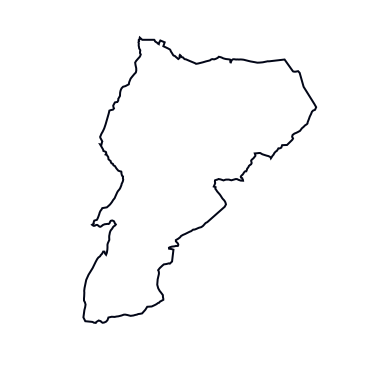 the district of Atempan, Puebla, Mexico, rotated 13°
{"feature_id": "50627088B4363090136249", "entity_name": "Atempan", "entity_type": "district", "adm_level": 2, "iso_a3": "MEX", "parent_name": "Mexico", "parent_adm1": "Puebla", "projection": "albers", "projection_center": [-97.445, 19.802], "detail": "fine", "context": "isolated", "style": "outline", "palette": "ink", "viewbox_px": 384, "rotation_deg": 13, "n_neighbors": 0, "source": "geoboundaries", "source_scale": "gbopen_adm2", "svg_char_len": 5942}
<svg xmlns="http://www.w3.org/2000/svg" viewBox="0 0 384 384"><g transform="rotate(13 192 192)"><path d="M117.1,341.9L124.0,341.0L124.8,341.1L125.8,341.4L127.7,341.2L128.0,340.2L130.0,338.2L132.1,338.4L132.6,338.8L133.6,339.3L134.5,339.5L136.0,338.8L137.5,337.6L138.5,335.8L138.8,333.1L141.9,331.6L144.8,331.1L146.5,330.3L148.2,329.7L151.1,328.2L153.1,326.9L154.4,326.5L156.6,326.4L160.0,326.5L162.7,325.5L164.1,324.7L166.0,323.8L167.1,323.0L169.0,322.3L170.7,321.5L173.0,317.3L174.2,313.9L178.5,312.6L181.1,310.6L182.6,309.3L183.9,307.8L184.9,307.2L185.3,306.2L188.3,303.5L188.0,302.3L187.4,301.1L186.8,299.0L184.1,296.7L182.9,295.8L180.8,293.5L179.0,290.2L178.2,284.9L178.2,279.3L178.0,278.3L177.4,276.7L176.6,275.8L177.7,273.4L179.7,270.4L180.8,268.9L183.3,267.9L185.6,266.7L186.5,266.8L188.2,264.2L186.9,252.4L185.0,252.2L182.4,252.4L182.1,251.5L182.7,250.9L184.8,249.7L187.1,248.9L188.6,248.1L189.6,248.0L190.5,247.5L190.5,246.4L189.8,245.3L187.4,243.7L187.1,242.5L189.1,240.6L190.6,238.8L191.2,237.4L192.9,235.8L194.7,234.5L198.7,231.2L199.9,230.4L201.6,228.4L203.0,228.0L204.5,227.0L206.6,225.4L207.5,224.9L209.0,224.1L210.4,222.5L212.2,219.2L213.7,217.9L227.2,199.0L227.9,196.4L226.8,194.5L225.7,193.3L224.8,192.6L223.8,192.0L222.8,191.2L221.1,189.5L219.7,188.2L216.4,185.8L215.3,184.7L214.0,183.6L213.9,182.0L212.0,181.8L212.4,179.7L212.6,178.1L212.0,176.8L211.8,175.5L213.1,174.6L214.0,174.2L214.9,173.4L217.1,173.3L220.1,173.6L222.0,172.4L223.8,171.9L225.2,171.6L226.4,171.7L227.8,171.7L231.6,169.6L233.0,169.3L234.7,169.7L237.0,169.9L239.2,169.5L238.9,168.7L238.3,168.1L237.9,167.3L237.5,167.1L236.6,167.0L236.1,166.2L236.2,165.6L236.7,164.6L237.4,163.7L237.8,162.8L238.2,161.5L238.8,160.3L239.3,159.8L240.2,159.6L240.2,159.3L240.5,158.1L240.5,156.9L241.3,155.3L241.6,153.8L242.4,152.7L243.4,151.6L243.6,150.3L242.6,148.3L242.9,147.2L244.3,145.3L245.6,142.6L245.5,141.9L244.5,140.3L246.7,139.6L248.6,138.9L249.8,138.7L252.0,139.4L256.6,139.8L258.2,139.8L260.1,140.2L260.8,140.6L261.3,141.4L262.4,138.4L263.1,137.2L263.4,135.7L263.7,135.2L264.4,133.8L265.3,133.0L265.8,131.8L266.4,130.0L267.6,129.8L269.0,128.7L269.3,126.1L274.0,124.8L277.9,118.7L278.2,118.0L278.4,117.0L277.5,116.2L277.1,115.4L277.2,113.8L278.0,112.8L278.7,112.0L280.0,111.1L281.4,110.0L283.5,108.1L284.7,105.3L286.1,103.4L287.2,101.6L288.5,100.3L289.1,99.3L289.0,98.0L289.5,94.7L289.8,92.0L290.5,89.1L290.8,86.9L291.6,85.5L293.4,84.2L293.9,81.4L291.3,78.6L277.1,64.4L270.1,51.7L268.2,50.4L266.0,51.4L264.4,51.8L263.2,51.7L252.4,42.1L237.8,47.3L236.9,47.5L236.6,47.5L231.8,49.7L229.1,50.6L226.6,51.3L223.6,51.4L219.8,51.6L217.9,51.6L212.7,51.5L211.6,51.6L209.6,51.9L207.8,52.4L206.0,52.7L205.2,53.0L203.9,53.1L203.1,53.2L202.3,53.4L201.7,53.8L201.3,54.3L201.1,54.7L200.9,55.4L200.8,56.0L200.7,57.0L200.3,57.0L200.1,56.7L199.8,55.5L199.7,54.8L199.5,54.5L199.2,54.4L197.7,54.5L195.3,54.8L193.7,54.8L192.2,54.7L191.1,54.4L189.7,54.2L187.7,54.2L186.8,55.6L185.2,56.9L183.9,57.7L183.6,57.8L182.1,57.9L181.4,58.2L180.8,58.6L179.9,59.7L178.6,60.4L176.4,61.5L173.4,63.2L168.9,65.5L167.1,66.2L166.7,66.0L165.4,65.7L160.0,64.8L156.8,64.2L156.2,64.1L155.2,64.2L154.7,64.1L152.9,62.9L151.7,62.9L151.2,62.6L150.8,62.0L149.4,61.2L149.3,61.5L149.3,62.2L149.4,62.7L149.6,63.2L149.8,63.9L149.6,64.3L149.2,64.9L148.7,65.5L147.5,64.8L146.6,64.4L144.6,63.3L143.4,63.2L143.0,63.0L142.4,62.4L141.3,61.2L139.8,59.8L139.5,59.3L139.0,58.6L138.4,58.1L136.3,57.5L131.3,56.4L131.7,52.3L127.1,51.5L126.5,53.6L126.4,54.6L126.4,55.3L126.2,55.2L125.6,55.1L125.6,54.9L122.5,53.7L122.0,53.4L121.4,52.5L120.8,52.2L109.3,54.9L108.8,54.6L106.4,53.3L106.4,53.8L106.6,54.1L106.7,55.0L106.1,55.4L106.0,55.5L105.9,55.7L106.0,56.3L106.5,56.9L106.5,57.2L106.4,57.3L106.2,57.7L106.2,58.3L106.8,59.3L107.0,60.9L107.4,62.0L107.8,62.7L107.9,63.1L108.0,63.5L108.5,64.3L109.0,64.7L109.7,65.5L109.8,66.3L109.8,66.8L110.0,68.0L110.3,68.7L111.1,69.4L111.0,70.7L110.7,72.0L109.8,73.6L108.1,76.8L107.5,78.7L108.5,81.2L109.8,83.9L110.4,86.3L110.4,88.2L109.2,90.2L107.9,92.8L106.7,95.3L106.1,99.1L106.2,101.3L103.3,103.8L101.1,105.0L100.0,106.9L99.6,109.1L99.6,111.2L100.2,114.6L99.2,117.9L99.5,118.8L99.5,119.7L99.0,121.1L97.7,121.6L96.7,122.1L95.8,125.5L96.3,126.9L97.2,128.1L96.5,129.5L94.4,130.5L93.2,131.3L93.2,134.4L92.7,143.6L92.6,145.5L92.2,149.5L92.0,150.6L91.4,153.3L90.7,155.5L90.1,159.0L90.6,159.9L91.4,160.8L93.2,162.9L93.1,163.3L93.1,166.3L91.8,166.3L95.9,170.7L96.4,171.9L99.0,172.3L99.8,173.5L99.4,174.9L100.6,175.0L102.5,176.8L103.3,178.9L105.9,180.3L105.9,180.6L106.3,181.3L107.2,182.2L108.0,182.2L108.6,182.4L109.4,183.6L110.1,183.9L110.9,184.0L111.5,184.5L113.1,186.1L115.4,187.8L117.0,188.0L118.4,188.0L118.8,188.5L119.0,189.6L119.8,191.2L120.5,192.1L120.8,192.2L121.1,192.5L121.3,192.5L121.5,193.7L121.7,194.5L122.1,195.1L122.2,195.6L122.2,196.1L122.2,197.4L121.7,199.7L121.6,200.0L121.7,201.0L121.2,204.2L120.8,205.5L119.6,207.9L119.2,209.2L118.4,213.3L118.0,215.5L117.0,217.5L116.2,219.9L115.0,222.5L113.8,224.3L112.5,226.1L108.2,227.9L107.8,229.4L107.1,230.9L106.7,232.7L106.6,234.6L106.3,237.2L106.0,239.0L105.6,240.5L103.2,241.9L103.0,243.9L103.4,244.9L102.6,245.7L102.0,246.4L103.6,247.1L104.5,246.9L105.4,246.3L106.0,245.7L107.1,245.4L107.9,245.7L109.5,246.5L110.3,246.6L111.3,245.9L112.6,244.2L114.1,243.1L117.1,242.0L118.0,241.9L118.6,241.1L118.9,239.5L119.3,238.4L120.2,237.9L121.0,237.7L122.6,238.1L124.1,240.1L125.1,240.7L124.7,241.8L123.8,242.7L123.0,243.9L122.5,245.6L121.4,247.8L121.1,249.8L121.2,252.2L121.2,253.1L121.4,254.4L122.2,257.3L121.5,261.0L121.5,262.5L122.1,264.9L122.5,267.2L122.6,268.8L122.7,270.4L122.4,272.5L121.1,271.5L120.1,269.8L118.9,270.0L118.3,272.3L117.2,274.2L116.9,275.3L115.5,276.9L114.7,278.7L113.9,281.6L112.3,288.5L109.8,295.9L108.7,301.5L108.9,309.7L109.2,312.6L109.7,314.2L110.4,317.9L110.7,320.0L111.2,322.1L112.5,323.6L113.6,325.6L113.8,328.3L113.7,331.2L114.0,334.3L114.4,338.6L117.1,341.9Z" fill="none" stroke="#020617" stroke-width="2"/></g></svg>